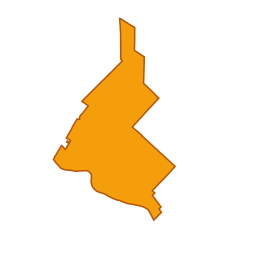 Herasti, Giurgiu, Romania (Mercator projection), rotated 45°
{"feature_id": "2599482B7326478622533", "entity_name": "Herasti", "entity_type": "district", "adm_level": 2, "iso_a3": "ROU", "parent_name": "Romania", "parent_adm1": "Giurgiu", "projection": "mercator", "projection_center": [26.35, 44.221], "detail": "fine", "context": "isolated", "style": "filled", "palette": "amber", "viewbox_px": 256, "rotation_deg": 45, "n_neighbors": 0, "source": "geoboundaries", "source_scale": "gbopen_adm2", "svg_char_len": 4479}
<svg xmlns="http://www.w3.org/2000/svg" viewBox="0 0 256 256"><g transform="rotate(45 128 128)"><path d="M187.5,177.3L188.7,176.5L189.0,176.2L191.4,174.7L193.4,173.6L195.3,172.7L196.1,172.4L198.9,171.7L200.6,171.6L202.4,172.2L205.5,173.0L209.6,174.4L210.1,174.5L211.4,174.9L211.3,169.1L211.3,166.6L211.3,164.1L207.2,163.2L207.2,160.5L206.5,160.4L202.5,159.8L201.0,159.6L198.6,159.2L197.3,159.1L196.1,158.8L194.1,158.6L192.8,158.3L192.7,158.2L192.7,157.8L192.9,156.1L193.0,155.0L189.4,155.2L189.4,152.1L189.0,132.5L188.9,130.1L188.8,128.8L188.7,126.2L188.7,125.2L188.6,124.5L188.5,123.0L188.5,122.3L188.5,121.9L187.3,121.9L184.6,122.0L181.9,122.1L179.1,122.2L174.4,122.4L172.9,122.4L169.6,122.6L168.3,122.7L164.6,122.8L163.3,122.9L160.0,123.1L158.1,123.1L156.3,123.2L152.7,123.3L148.5,123.5L148.1,123.5L147.7,123.5L145.5,123.6L143.7,123.8L143.7,123.6L143.4,123.4L143.2,123.3L142.8,123.3L142.5,123.4L141.2,123.5L138.2,123.6L137.3,123.7L135.8,123.9L134.7,124.0L133.3,124.1L130.4,124.2L130.3,123.3L130.1,119.0L130.1,117.5L129.9,114.8L129.7,110.0L129.5,106.3L129.3,103.0L129.3,101.6L129.2,99.5L129.2,98.7L129.2,97.9L129.1,96.3L129.0,94.3L129.0,92.3L128.9,90.3L128.8,88.3L128.7,85.4L128.7,85.1L128.3,85.1L127.9,85.2L127.4,85.2L126.3,85.2L120.5,85.1L109.2,85.4L107.4,85.4L105.7,83.5L103.0,80.7L98.1,75.5L96.7,74.0L91.6,68.7L91.4,68.5L89.2,66.2L87.6,66.5L85.5,67.0L83.3,67.4L79.1,68.3L77.7,68.6L75.0,65.7L71.7,62.3L69.1,59.6L64.7,55.2L62.8,53.3L61.8,52.3L61.6,52.1L55.9,53.7L55.3,53.8L52.5,54.4L49.8,55.0L48.3,55.4L48.1,55.4L46.4,55.8L45.1,56.1L44.7,56.3L44.7,56.5L44.8,56.5L45.1,56.8L46.8,58.3L48.8,60.1L50.2,61.2L51.6,62.5L53.1,63.9L54.8,65.4L55.0,65.5L55.7,66.2L57.0,67.5L57.6,68.1L57.8,68.3L58.6,69.0L61.2,71.5L63.7,74.1L66.3,76.6L68.9,79.1L71.7,81.9L74.1,84.3L74.3,84.5L74.5,84.6L74.9,84.6L75.4,84.6L76.6,84.6L76.5,85.6L76.6,88.2L76.6,92.3L76.6,96.7L76.6,100.7L76.6,104.6L76.6,108.7L76.6,111.4L76.5,112.2L76.5,112.6L76.5,113.7L76.5,116.9L76.5,120.4L76.5,123.5L76.5,126.7L76.5,129.8L76.5,133.0L76.5,136.2L76.5,139.4L76.6,141.7L79.0,141.3L82.5,140.7L84.3,140.5L84.3,140.8L84.4,141.0L84.3,141.3L84.4,141.7L84.5,142.4L84.7,144.1L85.0,146.2L85.3,148.3L85.4,148.9L85.5,149.2L85.5,149.5L85.5,149.8L85.5,150.0L85.5,150.4L85.5,150.5L85.4,150.6L85.4,150.8L85.4,151.3L85.4,151.9L85.4,152.4L85.4,152.6L85.4,152.8L85.4,153.0L85.5,153.1L85.6,153.3L85.7,153.6L85.7,153.8L85.8,153.9L85.9,154.0L86.0,154.2L86.1,154.3L86.3,154.6L86.4,154.8L86.5,155.0L86.7,155.4L86.8,155.4L86.9,155.5L87.0,155.6L87.3,155.7L87.4,155.8L87.5,155.9L87.6,156.0L87.5,156.3L87.4,156.4L87.2,156.5L86.9,156.6L86.7,156.8L86.5,157.0L86.3,157.1L86.0,157.3L85.8,157.4L85.7,157.6L85.7,157.8L85.7,158.1L85.8,158.3L86.1,159.5L86.5,160.9L86.8,162.3L87.2,163.7L87.6,165.2L87.8,166.1L87.9,166.5L88.4,167.8L88.7,168.5L88.8,168.8L88.9,169.2L89.2,170.6L89.6,171.9L90.0,173.3L90.3,174.5L90.7,175.7L90.7,176.0L91.0,176.8L91.1,177.4L91.4,178.6L91.5,178.8L92.7,178.5L94.1,178.0L95.7,177.5L96.1,177.4L96.4,178.1L96.7,179.0L96.9,179.6L94.3,180.2L94.6,181.3L97.1,180.6L97.9,183.6L98.5,186.0L98.9,187.4L98.1,187.6L96.2,187.3L94.8,187.3L94.2,187.3L93.5,187.3L93.4,187.4L93.5,187.5L93.6,188.0L93.7,188.3L93.7,188.5L93.9,189.5L94.2,190.6L94.3,191.1L94.4,191.4L94.6,192.1L94.6,192.3L94.7,192.5L94.8,192.6L94.8,193.0L94.9,193.6L95.2,194.6L95.6,196.1L95.7,196.6L95.9,197.4L96.0,198.2L96.1,198.4L96.1,198.5L96.2,198.8L96.3,199.3L96.5,200.3L96.6,200.6L97.0,201.7L97.3,202.3L97.6,203.0L98.4,203.0L99.9,203.3L100.9,203.5L101.7,203.6L103.3,203.6L104.5,203.6L106.1,203.7L108.2,203.9L108.9,203.9L109.6,203.8L110.1,203.6L111.1,203.1L112.0,202.6L113.4,201.9L114.5,200.9L115.6,200.0L116.6,199.2L118.1,198.0L119.0,197.4L120.5,196.4L121.4,195.7L122.5,194.6L123.5,193.5L124.6,192.2L125.5,191.1L126.6,189.9L127.9,188.4L128.8,187.5L129.9,186.9L131.0,186.6L132.1,186.5L133.3,186.5L134.3,186.7L134.9,186.9L135.2,187.0L135.6,187.3L136.2,187.8L136.8,188.5L137.4,189.2L138.1,189.9L138.5,190.5L138.8,191.1L139.4,191.6L140.0,192.1L140.7,192.7L141.9,193.4L143.3,194.2L144.5,194.6L146.1,194.9L147.0,194.9L147.6,195.0L148.6,195.0L149.8,194.9L150.3,194.8L150.8,194.7L152.6,194.0L154.3,193.2L156.3,192.0L157.7,191.4L158.6,191.0L159.1,190.9L160.4,190.6L162.1,190.1L164.1,189.5L166.2,188.8L168.4,188.0L169.7,187.4L171.4,186.5L172.4,185.9L173.2,185.2L173.9,184.8L174.2,184.7L174.6,184.7L175.1,184.5L175.8,184.2L176.8,183.8L177.9,183.2L178.9,182.8L180.1,182.2L181.2,181.7L182.3,180.9L182.7,180.6L184.3,179.3L187.5,177.3Z" fill="#f59e0b" stroke="#b45309" stroke-width="1.5"/></g></svg>